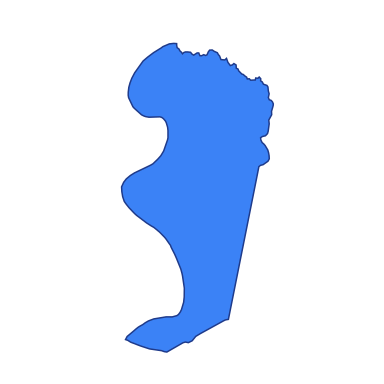 Palestina do Pará, Pará, Brazil, rotated 166°
{"feature_id": "56859067B39725810358642", "entity_name": "Palestina do Pará", "entity_type": "district", "adm_level": 2, "iso_a3": "BRA", "parent_name": "Brazil", "parent_adm1": "Pará", "projection": "robinson", "projection_center": [-48.372, -5.911], "detail": "fine", "context": "isolated", "style": "filled", "palette": "blue", "viewbox_px": 384, "rotation_deg": 166, "n_neighbors": 0, "source": "geoboundaries", "source_scale": "gbopen_adm2", "svg_char_len": 2384}
<svg xmlns="http://www.w3.org/2000/svg" viewBox="0 0 384 384"><g transform="rotate(166 192 192)"><path d="M93.4,268.6L93.5,271.5L92.9,275.5L93.5,277.3L96.6,279.3L97.2,281.8L98.5,283.3L97.9,285.3L99.0,287.3L100.6,286.4L102.6,287.2L103.5,285.4L108.1,286.3L109.0,288.0L111.0,288.3L111.2,290.2L112.7,291.9L113.8,293.6L115.2,294.5L117.4,298.3L117.6,300.2L119.1,301.4L118.5,304.6L120.3,306.5L122.0,305.6L124.2,305.4L125.8,309.1L126.2,313.3L128.2,312.2L131.9,313.5L132.3,317.2L133.2,319.0L133.7,321.0L136.4,323.1L138.0,324.9L140.6,325.4L142.3,324.0L144.2,321.5L145.8,321.2L147.4,322.4L149.8,321.9L151.4,322.4L151.8,325.3L153.4,325.7L157.3,324.4L158.7,325.9L159.6,327.9L162.2,328.9L164.6,329.5L166.2,329.3L167.8,328.4L168.4,330.1L169.6,331.9L170.1,334.0L171.5,335.6L171.4,337.8L171.0,339.7L173.7,340.6L178.2,341.2L185.1,340.1L186.9,339.3L195.6,336.5L202.4,333.6L207.8,330.9L217.4,322.7L218.8,321.5L222.9,316.9L225.7,312.9L228.0,308.8L229.7,304.3L230.5,301.3L230.7,298.8L228.7,289.0L227.7,287.1L222.3,279.1L220.3,277.4L218.8,276.4L215.7,275.0L205.0,272.7L203.3,271.7L202.0,270.1L200.7,267.5L200.2,265.5L200.0,260.8L200.4,257.6L202.2,250.4L203.2,248.4L209.6,238.6L213.5,234.7L217.5,232.0L223.1,228.8L225.9,228.0L235.6,226.0L243.0,224.5L247.9,222.9L252.6,220.6L255.9,218.0L259.1,214.0L260.0,209.2L260.4,204.2L260.0,199.2L258.7,195.9L257.9,194.2L256.9,192.0L254.2,187.2L252.8,184.8L251.4,182.7L243.5,172.9L239.9,169.1L237.5,166.8L233.3,161.1L229.7,155.0L228.8,153.2L226.5,147.2L225.8,145.5L225.6,143.4L223.9,136.0L223.1,131.4L221.5,119.9L221.4,115.4L221.5,112.8L222.7,100.6L225.0,91.9L226.8,87.0L230.7,80.4L232.6,78.2L234.8,76.4L236.6,75.7L241.4,75.6L247.3,77.1L259.7,78.1L263.4,77.7L265.6,77.4L269.1,76.4L271.7,75.3L275.8,74.2L277.4,73.6L280.0,72.4L281.5,71.6L289.9,67.5L292.2,64.9L290.2,63.6L287.8,61.1L279.8,55.5L277.8,54.2L271.1,50.0L259.9,45.4L257.5,43.8L255.1,42.8L237.2,47.9L234.7,48.0L232.0,46.7L227.8,47.6L223.3,51.0L218.1,52.6L192.4,59.4L190.4,59.8L187.5,59.6L138.1,164.1L123.6,194.8L121.0,200.4L119.1,201.3L116.4,201.3L110.8,203.5L109.0,205.5L108.4,208.6L108.2,211.5L108.3,214.4L109.8,219.4L110.7,221.2L112.0,223.0L112.6,225.9L112.3,228.1L110.3,228.8L107.1,228.8L104.6,230.4L103.4,232.5L100.6,239.5L100.1,243.2L96.0,247.7L95.3,251.1L93.7,253.8L92.4,256.1L91.8,257.8L92.1,259.9L93.0,261.7L94.7,262.8L95.1,265.1L93.4,268.6Z" fill="#3b82f6" stroke="#1e3a8a" stroke-width="1.5"/></g></svg>